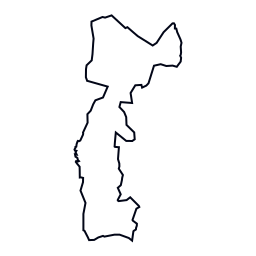 outline of Katcha, Niger, Nigeria
{"feature_id": "59680162B69752440983216", "entity_name": "Katcha", "entity_type": "district", "adm_level": 2, "iso_a3": "NGA", "parent_name": "Nigeria", "parent_adm1": "Niger", "projection": "natural_earth1", "projection_center": [6.264, 9.093], "detail": "fine", "context": "isolated", "style": "outline", "palette": "ink", "viewbox_px": 256, "rotation_deg": 0, "n_neighbors": 0, "source": "geoboundaries", "source_scale": "gbopen_adm2", "svg_char_len": 1905}
<svg xmlns="http://www.w3.org/2000/svg" viewBox="0 0 256 256"><path d="M104.4,236.6L108.6,235.8L114.3,234.7L119.7,234.7L128.8,238.0L132.1,240.6L133.4,231.3L133.7,230.9L135.9,229.5L136.1,227.7L136.8,225.8L136.9,223.7L132.9,220.7L132.5,220.0L136.4,208.7L139.3,207.0L138.9,206.0L130.2,197.3L126.6,200.1L118.7,201.1L117.8,200.5L117.8,199.8L120.7,194.3L117.8,187.8L120.8,185.2L121.9,180.2L122.2,177.8L122.9,175.0L118.8,168.7L119.4,166.4L119.3,163.5L118.0,159.1L118.9,147.2L115.0,146.9L114.6,146.6L114.9,142.3L115.8,132.5L126.2,140.9L132.3,141.0L132.5,140.8L134.7,139.3L134.2,132.4L126.5,124.9L126.2,117.1L124.1,112.0L119.4,107.0L120.7,102.1L132.1,103.0L130.6,93.0L135.3,85.3L141.4,84.9L142.1,87.6L146.3,85.6L148.5,83.3L154.0,65.7L160.7,64.2L166.3,66.0L172.6,65.6L176.8,66.8L177.3,66.1L178.7,64.2L179.4,63.3L180.0,62.5L180.7,61.5L180.8,60.4L181.0,58.9L181.1,57.7L180.2,55.7L180.7,54.9L181.1,52.4L180.7,46.6L181.5,42.8L180.5,39.5L178.9,35.9L177.2,32.1L176.3,28.6L175.7,28.6L174.9,28.5L174.9,26.8L175.0,25.0L174.4,24.1L173.9,23.3L172.5,23.4L163.6,32.2L156.6,42.9L152.7,45.5L137.7,36.1L133.5,32.5L127.4,27.2L125.4,28.1L111.6,15.4L105.1,17.6L102.5,17.0L91.5,21.6L91.4,25.5L93.6,38.6L93.2,43.2L92.5,54.1L91.7,60.4L86.6,65.3L86.0,69.1L85.9,77.3L87.2,80.9L87.5,80.9L107.7,86.6L103.0,97.5L95.4,100.3L93.2,104.3L90.7,110.7L87.4,114.2L87.6,122.7L87.3,123.3L83.0,132.6L83.2,133.4L83.0,134.7L80.3,140.5L79.0,141.2L77.9,140.9L77.5,141.5L76.6,144.2L76.3,146.6L75.4,147.0L75.5,147.7L74.5,149.4L74.9,150.5L76.4,150.8L75.6,152.3L76.7,154.6L75.0,154.3L75.5,156.7L76.6,157.3L77.4,158.0L77.9,160.1L78.9,161.1L78.0,161.5L77.1,161.1L76.1,161.1L75.8,161.9L77.2,163.8L79.6,166.7L79.7,170.2L79.8,177.5L80.4,177.4L81.0,177.4L83.1,177.9L83.0,182.2L80.5,190.6L85.5,202.9L83.4,213.9L83.4,230.3L84.5,230.8L87.9,237.4L89.1,240.1L94.2,239.9L98.4,237.4L100.3,236.8L103.0,235.9L104.4,236.6Z" fill="none" stroke="#020617" stroke-width="2"/></svg>